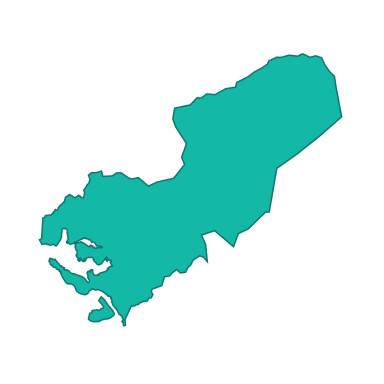 Nordreisa nor, Troms, Norway (orthographic projection), rotated 264°
{"feature_id": "86288312B71509568732439", "entity_name": "Nordreisa nor", "entity_type": "district", "adm_level": 2, "iso_a3": "NOR", "parent_name": "Norway", "parent_adm1": "Troms", "projection": "orthographic", "projection_center": [21.218, 69.528], "detail": "fine", "context": "isolated", "style": "filled", "palette": "teal", "viewbox_px": 384, "rotation_deg": 264, "n_neighbors": 0, "source": "geoboundaries", "source_scale": "gbopen_adm2", "svg_char_len": 5738}
<svg xmlns="http://www.w3.org/2000/svg" viewBox="0 0 384 384"><g transform="rotate(264 192 192)"><path d="M285.1,206.8L278.8,199.4L277.2,183.5L266.8,180.6L258.5,182.6L240.6,191.6L227.6,185.3L220.1,187.5L207.5,175.2L205.5,158.3L202.4,149.3L211.9,140.2L211.2,133.8L212.4,130.7L218.4,123.5L218.9,119.2L216.3,114.2L216.9,104.9L222.3,104.2L221.4,100.2L221.2,97.7L221.7,94.1L219.5,90.8L215.5,91.9L211.6,90.4L210.2,88.6L206.8,86.1L205.2,84.5L202.7,85.1L197.8,83.8L197.7,82.3L197.9,81.6L199.9,80.0L200.6,78.7L198.6,75.4L198.4,74.6L200.7,72.3L202.3,69.9L201.8,68.9L200.7,68.0L200.8,67.0L200.0,66.1L200.1,65.7L195.7,64.0L192.0,58.9L190.5,57.6L188.3,56.6L188.2,56.3L188.4,54.9L188.8,54.1L187.0,53.1L186.5,52.0L185.4,51.7L185.0,50.7L183.9,49.3L183.9,43.8L182.4,43.0L181.7,41.7L181.7,41.0L161.4,37.6L160.5,35.3L155.6,37.3L155.5,37.5L155.8,38.3L155.6,39.5L155.7,40.4L156.0,41.0L155.8,41.7L155.0,42.4L154.1,44.9L153.9,45.8L154.5,48.2L154.1,49.2L152.8,50.5L152.7,51.5L152.9,51.9L158.7,56.5L160.5,57.3L168.4,58.9L169.4,60.2L169.4,60.7L169.0,61.5L168.9,61.2L168.8,61.4L169.1,61.7L169.0,62.3L167.4,64.1L164.7,63.5L158.2,64.0L156.5,62.9L155.7,63.1L155.9,62.7L155.8,62.3L154.8,62.0L154.2,62.4L154.3,62.9L155.0,63.5L152.9,64.7L152.8,65.6L153.1,66.7L153.0,67.5L153.4,68.7L153.1,69.1L153.1,69.4L153.6,69.4L154.5,70.4L154.5,71.5L156.5,76.5L156.6,77.8L157.6,79.0L157.2,79.7L157.4,81.1L156.6,82.0L156.1,83.6L155.2,84.4L155.5,84.9L154.8,85.9L152.4,87.2L152.7,87.9L152.1,89.2L150.8,90.5L148.8,91.3L149.0,91.4L148.1,93.1L148.0,94.4L147.4,95.5L147.4,96.3L146.7,97.2L146.3,96.8L146.5,96.7L146.0,96.2L146.1,94.8L146.6,93.7L146.3,93.3L146.6,92.5L146.3,91.7L146.4,91.2L146.1,90.8L146.4,89.7L146.1,89.2L146.6,88.7L147.0,88.9L146.7,88.1L147.4,87.6L148.3,87.6L148.1,87.3L149.3,86.4L149.2,86.1L149.5,85.7L148.6,84.8L148.8,84.5L148.3,84.3L148.6,83.9L148.4,83.7L148.4,83.4L152.5,79.0L153.4,77.1L154.0,76.8L154.1,76.4L153.5,74.1L153.9,73.2L154.1,72.0L153.6,70.6L153.3,70.5L153.5,71.9L153.2,72.0L152.5,70.7L149.3,70.0L146.0,70.8L145.4,71.7L142.1,71.2L141.4,70.2L140.6,70.2L139.6,70.6L137.3,73.1L137.2,73.4L137.6,73.7L137.7,74.5L137.3,74.6L137.0,74.4L137.2,74.0L137.1,73.5L136.6,73.2L137.0,72.7L137.2,71.7L136.6,71.8L136.4,71.4L136.2,71.6L136.5,71.9L136.3,72.3L135.4,72.5L135.5,72.9L134.8,72.7L134.9,73.2L136.1,73.4L136.3,74.1L135.9,75.0L134.5,76.0L134.2,76.5L134.3,77.6L134.7,78.6L135.4,79.2L135.7,78.7L135.6,77.5L136.3,77.6L136.5,77.9L136.1,79.4L137.2,79.8L137.8,82.3L137.6,83.2L137.6,84.9L137.2,86.0L136.3,87.1L135.7,87.4L135.2,86.8L133.8,87.2L132.3,88.7L130.4,89.8L129.5,91.0L129.2,92.2L129.7,92.7L129.8,93.8L130.0,94.1L136.1,100.2L135.1,101.1L134.0,100.3L133.9,99.3L132.3,100.0L131.9,100.4L133.0,101.8L133.0,102.7L132.4,103.9L132.5,104.4L131.8,104.4L130.9,103.4L127.0,104.7L127.4,105.6L126.5,104.7L126.5,104.1L126.7,104.4L126.6,104.1L126.7,103.9L126.2,102.1L124.9,100.7L125.6,100.7L124.5,100.5L124.3,99.8L123.9,99.8L123.9,100.5L123.0,100.2L123.6,100.1L122.9,99.8L122.9,99.2L121.8,97.3L121.7,95.3L121.3,94.8L121.1,92.5L120.3,90.9L119.2,90.8L119.1,90.4L119.6,89.3L119.1,88.3L119.2,87.3L120.1,85.7L121.6,84.9L124.7,85.1L125.2,84.6L125.3,84.0L125.0,83.7L125.0,83.0L124.5,82.8L124.3,82.2L123.1,82.2L123.8,81.4L123.9,80.3L122.8,79.3L119.3,79.8L117.7,79.5L114.8,80.8L113.8,80.7L112.6,79.4L112.7,79.0L117.5,75.9L119.8,72.9L121.5,69.0L122.9,66.5L123.4,64.5L124.2,62.8L126.2,61.5L127.1,59.7L127.6,59.7L127.7,59.4L127.4,58.5L127.6,57.7L128.4,57.1L128.1,56.8L129.2,56.5L129.7,57.3L130.7,55.8L130.9,54.8L132.1,54.4L133.2,52.5L134.7,52.0L135.9,50.6L136.8,50.6L138.1,49.5L139.3,49.0L139.1,48.6L139.4,47.5L139.4,46.7L139.8,46.6L140.7,44.8L140.6,44.1L140.1,44.0L140.3,43.7L139.7,43.8L139.1,42.8L137.8,43.2L137.6,42.7L136.9,43.4L134.9,43.6L134.8,44.0L134.0,44.2L133.6,45.5L132.9,45.4L132.1,46.1L131.6,46.7L131.3,48.1L130.3,49.1L129.7,49.1L129.0,50.0L128.7,50.7L128.7,51.4L128.3,52.1L127.1,51.7L126.3,52.5L126.4,53.2L126.2,53.4L124.6,52.9L124.2,53.4L121.7,54.0L115.4,57.0L113.5,58.9L113.5,59.7L113.1,62.6L111.5,64.8L109.7,65.7L106.7,66.3L105.4,67.1L103.1,69.3L101.1,74.2L101.1,75.9L102.2,78.1L104.2,79.3L104.6,80.3L105.9,82.2L105.8,83.7L104.6,85.5L104.6,87.1L104.9,87.7L104.8,88.5L102.9,92.0L98.8,96.5L97.3,97.5L96.4,100.1L96.0,100.5L94.9,100.0L94.3,100.2L94.3,100.7L93.9,100.7L93.8,101.3L93.7,100.6L92.9,101.1L91.1,100.7L88.1,101.4L81.8,105.4L77.8,106.8L77.5,107.3L77.6,107.8L76.3,108.7L75.8,109.4L73.9,109.6L73.7,110.0L72.9,110.3L71.9,110.2L70.8,109.6L70.7,109.3L71.2,109.3L70.5,108.8L68.8,109.9L66.4,110.0L66.5,110.2L66.1,110.8L66.5,111.9L71.1,112.0L73.2,112.6L84.2,119.3L84.9,120.4L84.7,121.1L84.7,122.5L85.9,125.5L85.7,126.4L85.8,127.1L87.1,128.4L87.6,130.6L88.3,132.0L88.4,132.8L88.1,133.4L88.0,134.9L88.3,136.2L90.9,138.0L91.1,140.4L94.0,142.4L96.5,141.3L98.9,141.5L99.6,142.5L102.1,152.2L110.6,155.8L110.8,160.8L113.8,164.2L116.6,168.8L112.8,171.8L112.8,177.2L117.7,180.3L119.3,182.9L124.2,186.0L127.7,192.9L126.0,196.7L121.2,199.9L138.4,200.1L148.1,196.9L151.2,210.5L133.2,227.6L145.8,233.7L149.4,244.1L164.2,262.9L164.1,266.7L206.7,278.8L218.6,300.1L234.0,324.3L251.2,348.7L279.8,346.3L292.4,345.7L296.3,342.1L303.9,337.7L311.9,334.9L314.5,329.3L313.6,323.4L317.7,316.9L317.6,315.4L316.0,311.4L317.9,302.7L316.6,295.1L316.8,292.1L317.2,290.4L314.5,282.6L312.6,281.0L311.3,280.7L307.6,273.5L305.0,266.8L300.7,259.7L296.3,247.9L291.7,246.2L291.2,236.4L286.4,225.1L288.0,217.0L284.5,210.9L285.1,206.8ZM97.2,90.8L93.8,87.9L87.6,92.0L86.6,91.9L85.8,91.3L85.4,89.3L84.3,88.2L84.1,87.3L84.8,85.2L84.6,84.0L84.7,81.9L84.3,80.1L82.5,79.8L82.2,79.2L82.1,77.6L76.5,75.7L74.7,77.3L73.3,80.4L73.0,84.8L73.2,86.9L74.5,89.6L74.3,90.6L74.7,92.2L74.6,93.8L74.8,95.9L75.4,97.7L77.1,100.7L78.5,102.1L82.2,100.9L87.1,97.4L94.2,93.5L97.2,90.8Z" fill="#14b8a6" stroke="#0f766e" stroke-width="1.5"/></g></svg>